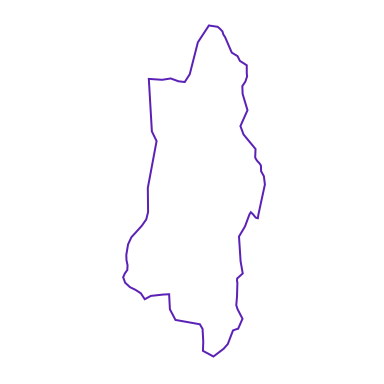 an SVG outline of Aluksne, rotated 267°
{"feature_id": "LVA-1076", "entity_name": "Aluksne", "entity_type": "Municipality", "adm_level": 1, "iso_a3": "LVA", "parent_name": "Latvia", "parent_adm1": "", "projection": "equal_earth", "projection_center": [27.1, 57.427], "detail": "fine", "context": "isolated", "style": "outline", "palette": "violet", "viewbox_px": 384, "rotation_deg": 267, "n_neighbors": 0, "source": "natural_earth", "source_scale": "10m", "svg_char_len": 1210}
<svg xmlns="http://www.w3.org/2000/svg" viewBox="0 0 384 384"><g transform="rotate(267 192 192)"><path d="M110.5,118.8L114.2,120.7L117.5,123.3L122.2,123.8L127.4,123.0L132.6,123.1L143.0,125.4L150.0,129.1L161.0,140.2L167.1,144.9L174.3,147.1L198.4,148.1L244.7,159.3L254.6,155.1L307.2,154.8L305.6,168.1L306.5,176.7L303.3,184.2L302.2,190.5L309.7,195.9L341.2,205.7L357.4,217.6L355.6,226.3L353.6,228.4L350.8,230.8L347.8,231.5L344.8,233.2L329.1,239.0L325.3,244.6L320.4,246.7L315.7,253.3L307.1,252.9L304.7,253.1L299.5,251.1L295.1,247.8L287.2,247.7L270.8,251.7L255.3,243.8L246.7,246.5L231.6,257.7L223.2,256.9L221.1,257.8L219.0,259.2L217.5,260.6L214.9,262.2L209.1,262.1L204.0,264.6L195.7,265.2L165.5,257.0L162.4,256.4L162.6,255.3L163.2,254.2L166.6,251.7L168.7,249.7L166.6,248.2L154.8,243.1L145.1,236.6L120.2,236.9L108.0,238.4L103.3,232.6L102.1,232.4L100.5,232.3L99.3,232.6L85.5,231.5L76.6,230.3L72.7,231.3L62.8,235.8L53.0,230.9L52.8,229.6L51.6,225.7L38.3,219.8L33.8,215.4L26.6,204.8L32.8,194.6L41.7,195.4L54.7,195.4L59.5,192.9L63.0,177.9L65.1,168.8L76.0,163.8L91.1,163.8L91.1,158.0L90.4,145.5L87.4,139.2L93.5,135.6L97.2,130.5L100.2,125.1L104.9,120.5L110.5,118.8Z" fill="none" stroke="#5b21b6" stroke-width="2"/></g></svg>